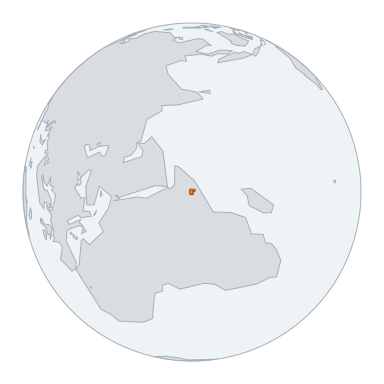 globe centered on Bakool, rotated 285°
{"feature_id": "SOM-2312", "entity_name": "Bakool", "entity_type": "Region", "adm_level": 1, "iso_a3": "SOM", "parent_name": "Somalia", "parent_adm1": "", "projection": "orthographic", "projection_center": [43.857, 4.102], "detail": "fine", "context": "on_globe", "style": "filled", "palette": "amber", "viewbox_px": 384, "rotation_deg": 285, "n_neighbors": 0, "source": "natural_earth", "source_scale": "10m", "svg_char_len": 7337}
<svg xmlns="http://www.w3.org/2000/svg" viewBox="0 0 384 384"><g transform="rotate(285 192 192)"><circle cx="192" cy="192" r="169" fill="#eef3f6" stroke="#a8b0b8"/><path d="M23.1,197.1L24.2,201.7L26.8,210.3L28.2,220.6L28.8,231.6L35.9,256.0L37.1,259.5L32.4,247.5L28.7,235.2L25.8,222.7L24.0,209.9L23.1,197.1ZM280.7,48.2L289.5,54.3L290.3,54.6L299.6,61.7L308.5,69.6L321.1,85.2L326.9,91.8L329.8,96.0L330.3,98.1L326.1,92.0L323.3,89.5L320.8,86.1L320.2,88.3L316.7,83.5L318.0,88.0L321.6,92.0L323.4,91.4L326.0,98.1L332.7,105.6L337.5,114.5L340.2,130.2L336.7,134.9L337.4,137.9L333.9,134.5L332.4,140.4L341.5,157.7L342.4,162.9L338.5,172.5L337.9,168.7L328.6,159.5L329.2,171.7L336.3,182.0L338.8,194.2L334.4,190.4L331.6,179.7L328.3,176.1L327.5,165.4L321.6,149.8L317.0,152.9L315.8,146.6L307.0,134.3L299.5,138.5L288.6,155.2L289.7,171.3L284.8,178.6L272.4,155.7L267.7,140.5L262.7,142.0L250.4,129.7L227.6,129.4L224.9,125.6L220.5,127.5L211.9,123.8L207.9,117.7L202.5,118.2L213.3,134.3L219.2,134.0L224.8,127.6L226.6,133.5L235.0,138.8L223.9,153.4L190.9,166.9L188.6,154.9L168.1,123.3L169.2,119.8L169.2,119.4L169.0,118.7L166.2,124.3L163.0,118.4L172.9,140.0L174.2,149.6L190.4,167.6L188.7,169.6L194.2,173.3L212.9,168.6L212.8,172.7L203.4,191.6L178.3,217.7L182.2,235.3L181.3,250.3L166.9,260.3L169.5,271.8L162.2,275.8L162.6,282.3L157.5,289.2L148.5,295.6L131.8,295.6L129.8,289.7L119.9,278.2L105.7,250.1L108.8,237.4L106.9,227.4L95.0,205.2L97.5,193.0L94.6,187.8L88.4,189.0L85.1,182.9L81.4,182.7L59.5,186.6L53.6,178.7L48.4,154.7L52.9,145.4L55.1,134.6L87.3,99.8L92.6,101.8L116.2,97.7L118.9,98.9L114.5,106.7L130.9,116.5L138.1,110.0L154.6,115.6L166.6,115.5L173.8,101.0L154.2,100.7L152.4,93.8L169.5,88.0L186.9,89.3L186.8,86.7L177.1,80.8L182.5,76.4L173.9,78.5L176.4,81.1L171.1,82.7L168.5,80.5L170.5,78.8L165.7,77.7L157.3,86.5L158.9,90.1L145.3,91.7L146.7,98.0L142.5,101.0L138.6,91.5L140.1,88.1L131.8,78.6L129.0,82.2L136.7,91.6L133.6,90.9L130.0,96.7L130.4,91.7L122.8,81.2L111.4,83.6L94.5,98.1L88.4,99.5L84.4,96.7L93.0,82.3L105.7,81.0L109.0,76.7L108.5,70.7L112.4,71.1L113.8,68.8L118.8,68.4L127.9,62.9L133.3,62.3L139.0,55.8L142.5,54.9L138.2,58.8L138.0,61.6L151.7,61.3L155.0,60.0L157.5,56.0L160.9,56.8L161.7,53.1L170.5,51.8L160.3,50.5L163.1,46.6L169.5,43.9L168.6,42.7L158.1,47.2L155.5,49.3L156.3,51.4L147.8,58.1L142.7,59.2L144.6,52.0L137.6,53.1L142.2,47.7L167.7,37.6L177.3,36.2L188.8,41.0L185.4,42.9L179.6,42.0L183.1,46.0L183.7,44.1L186.6,45.0L189.9,42.3L192.1,42.9L191.6,39.5L194.6,39.9L194.9,42.0L202.4,39.1L209.3,39.7L210.0,38.9L208.7,37.8L218.3,39.7L218.4,39.1L215.2,38.1L213.3,36.2L213.7,34.0L217.0,34.8L217.3,35.7L222.9,39.2L223.3,42.0L224.6,42.1L225.1,39.9L218.3,35.6L217.5,34.0L221.3,35.8L219.9,35.0L220.6,34.5L224.3,34.9L220.4,33.0L223.3,28.6L230.9,29.6L233.9,31.2L239.5,30.8L247.5,33.0L244.6,32.0L245.4,31.8L242.8,31.0L241.5,30.6L241.8,30.5L255.2,35.3L268.2,41.2L280.7,48.2ZM74.5,117.1L73.2,120.3L74.5,117.1ZM204.5,98.8L215.5,99.6L212.1,90.7L216.1,90.5L213.5,87.8L211.8,90.1L205.7,82.9L211.0,80.7L210.4,77.2L206.7,76.8L197.9,82.2L206.7,92.3L203.5,95.7L204.5,98.8ZM116.5,58.0L117.5,59.3L114.5,61.8L107.7,63.9L111.9,60.1L116.5,58.0ZM119.6,60.5L123.4,53.5L127.8,52.4L124.7,54.1L127.2,54.1L122.9,56.9L123.3,63.3L120.7,66.1L109.5,67.6L114.6,65.4L113.3,64.1L119.6,60.5ZM125.5,42.2L127.2,40.4L134.5,40.0L132.1,41.8L125.1,43.7L123.9,42.7L125.5,42.2ZM162.2,25.7L162.7,25.6L165.1,25.2L169.3,24.7L167.5,25.3L170.3,24.8L173.6,24.8L172.7,25.5L169.8,25.4L170.8,26.4L166.1,26.9L166.5,27.0L162.5,27.8L158.3,29.1L156.4,29.2L155.6,29.7L152.9,30.4L151.2,31.2L147.2,31.9L144.7,33.0L144.2,32.8L141.0,34.6L141.6,33.6L138.2,34.8L139.5,35.2L122.3,39.3L114.6,42.6L107.9,46.2L109.8,44.6L117.3,40.5L127.1,36.0L134.2,33.4L133.8,33.4L137.1,32.3L136.0,32.7L139.6,31.4L142.0,30.7L150.7,28.2L152.2,27.8L162.2,25.7ZM174.6,23.9L174.2,24.0L171.1,24.4L167.5,24.8L174.6,23.9ZM123.0,96.1L125.2,96.4L129.0,96.1L126.8,100.0L123.0,96.1ZM117.5,89.0L119.7,88.5L118.4,93.3L116.1,93.2L117.5,89.0ZM122.1,84.3L120.0,88.1L119.7,86.0L122.1,84.3ZM140.3,58.4L142.8,57.8L142.6,58.8L140.7,60.2L140.3,58.4ZM174.7,30.4L173.5,29.8L174.5,29.6L175.3,28.0L178.8,27.9L179.7,28.7L174.7,30.4ZM169.9,103.4L165.7,106.1L164.2,104.8L165.9,104.1L169.9,103.4ZM144.7,102.9L149.9,104.8L144.1,103.9L144.7,102.9ZM178.6,29.9L178.5,29.3L180.3,29.6L178.6,29.9ZM181.4,27.7L183.7,28.0L179.3,27.7L181.4,27.7ZM239.3,325.7L240.6,327.5L237.9,327.8L239.3,325.7ZM210.8,247.8L200.7,274.0L192.5,274.1L190.4,266.5L193.7,250.7L203.0,246.1L207.4,238.9L210.8,247.8ZM353.0,223.0L354.1,223.9L353.9,224.7L353.0,223.0ZM352.0,220.2L353.5,220.5L351.5,222.0L352.0,220.2ZM354.1,220.7L355.6,219.3L356.2,218.0L355.9,219.6L354.1,220.7ZM350.8,220.3L343.0,219.9L339.4,217.8L340.7,214.9L346.4,215.7L350.8,220.3ZM340.4,214.8L334.4,206.7L323.5,183.4L327.5,183.7L338.3,197.7L337.7,200.2L341.3,206.6L340.4,214.8ZM353.3,200.0L352.6,207.5L348.6,206.7L346.6,205.5L345.2,195.9L346.0,191.0L347.8,191.2L352.6,175.1L354.7,179.2L353.7,185.9L355.3,192.4L353.3,200.0ZM290.5,172.8L294.9,182.5L291.9,184.1L290.5,172.8ZM353.0,164.0L352.1,170.9L352.5,161.7L353.0,164.0ZM352.3,155.4L353.2,158.9L351.8,155.5L352.3,155.4ZM338.8,142.6L337.0,143.4L336.2,141.0L338.0,138.6L338.8,142.6ZM341.2,122.3L344.0,129.2L344.6,131.5L342.4,127.3L341.2,122.3ZM208.6,30.9L203.5,32.9L202.3,35.0L205.2,36.8L198.9,35.4L200.9,32.2L208.6,30.9ZM221.2,28.6L218.6,27.6L221.1,27.9L222.0,28.1L221.2,28.6ZM218.6,28.1L212.8,27.2L212.3,26.6L216.9,27.3L218.6,28.1ZM195.6,27.6L193.9,28.1L192.5,27.7L195.6,27.6ZM335.9,280.5L325.0,291.5L324.3,289.9L327.9,285.0L334.1,270.0L334.7,270.3L338.6,260.3L347.0,251.3L354.1,235.1L354.8,236.4L357.7,224.8L357.7,225.1L354.9,236.7L351.4,248.1L347.0,259.3L341.8,270.1L335.9,280.5ZM355.5,224.1L357.5,218.4L358.1,218.0L355.5,224.1ZM360.5,204.6L360.5,204.3L360.7,200.7L360.8,198.5L360.7,195.5L360.9,194.3L360.5,204.6ZM359.5,202.6L359.3,204.6L359.1,203.0L359.5,202.6ZM359.9,201.6L360.3,204.0L359.8,203.2L359.9,201.6ZM356.2,194.2L356.6,198.8L358.1,196.0L357.0,200.2L357.5,208.0L356.9,210.9L356.5,202.4L355.6,211.0L354.9,210.8L354.9,203.4L355.9,194.5L356.6,190.9L359.0,189.6L356.2,194.2ZM360.1,195.9L359.9,190.4L359.9,186.9L360.2,189.8L360.1,195.9ZM358.3,177.4L356.7,171.2L356.0,173.4L356.7,165.2L358.3,172.4L358.3,177.4ZM355.8,164.0L355.2,165.9L355.3,161.2L355.8,164.0ZM354.6,163.9L353.7,159.7L354.6,160.4L354.6,163.9ZM356.3,164.2L355.1,157.2L356.2,161.4L356.3,164.2ZM351.3,150.5L354.5,157.4L351.7,154.3L348.0,141.1L349.0,140.9L351.3,150.5ZM334.2,101.1L332.0,97.8L331.8,97.3L333.4,99.7L334.2,101.1ZM330.6,95.3L331.1,96.1L332.1,98.5L333.4,100.2L336.6,105.7L332.8,100.3L329.6,94.5L329.4,93.8L326.2,89.4L326.0,89.1L330.6,95.3ZM240.1,30.2L238.5,29.6L240.1,30.1L240.1,30.2ZM234.9,28.6L234.3,28.4L233.8,28.3L234.9,28.6ZM232.9,28.3L233.3,28.2L234.9,28.9L232.9,28.3Z" fill="#d9dde1" stroke="#a8b0b8" stroke-width="1"/><path d="M192.3,189.5L192.5,189.5L192.8,189.5L193.0,189.5L193.3,189.5L193.6,189.6L193.9,189.6L194.0,189.6L194.4,191.1L194.6,192.1L194.8,192.7L194.7,193.2L194.7,194.5L194.4,194.5L194.2,194.5L193.6,194.5L193.2,194.2L193.3,194.1L193.3,193.6L193.0,192.7L192.3,192.5L192.1,192.5L191.8,192.7L191.7,192.7L191.5,193.1L191.2,193.5L190.7,193.6L189.8,193.3L189.9,192.7L189.2,191.4L189.2,191.2L189.3,190.9L189.6,190.6L189.8,190.4L190.2,190.2L190.5,190.1L190.8,189.9L191.0,189.8L191.4,189.7L191.6,189.7L191.9,189.6L192.0,189.6L192.3,189.5Z" fill="#f59e0b" stroke="#b45309" stroke-width="1.5"/></g></svg>